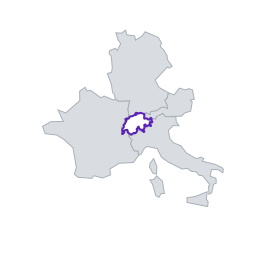 Switzerland highlighted among its neighbors, rotated 346°
{"feature_id": "CHE", "entity_name": "Switzerland", "entity_type": "country or territory", "adm_level": 0, "iso_a3": "CHE", "parent_name": "Europe", "parent_adm1": "", "projection": "mercator", "projection_center": [8.313, 46.803], "detail": "fine", "context": "with_neighbors", "style": "outline", "palette": "violet", "viewbox_px": 256, "rotation_deg": 346, "n_neighbors": 4, "source": "natural_earth", "source_scale": "50m", "svg_char_len": 5005}
<svg xmlns="http://www.w3.org/2000/svg" viewBox="0 0 256 256"><g transform="rotate(346 128 128)"><path d="M122.6,97.1L126.0,99.9L136.3,101.9L132.6,109.4L131.7,117.0L129.8,118.8L126.5,117.8L126.7,120.5L121.5,126.4L121.4,131.1L124.8,129.5L127.3,134.0L127.0,136.9L129.1,140.7L126.6,143.8L128.5,151.6L132.3,152.9L131.5,157.2L125.0,162.8L110.9,160.1L100.5,163.3L99.7,169.2L91.4,170.4L83.3,166.0L80.7,168.1L67.6,163.7L64.7,159.9L68.4,153.9L69.8,133.8L62.4,122.8L57.1,117.5L46.2,113.4L45.5,105.6L54.7,103.2L66.8,106.0L64.5,93.6L71.2,98.3L87.9,89.7L90.0,80.5L96.3,78.2L97.3,82.2L100.7,82.4L109.0,92.1L112.7,91.3L120.5,97.3L122.6,97.1ZM140.9,167.6L145.5,163.9L146.7,172.3L144.4,179.7L141.1,177.7L139.4,171.2L140.9,167.6Z" fill="#d9dde1" stroke="#a8b0b8" stroke-width="1"/><path d="M199.7,106.5L199.3,116.0L195.2,116.0L196.6,118.3L192.9,126.8L186.6,127.1L183.0,129.5L166.9,126.0L165.3,122.3L158.2,124.1L157.4,126.1L146.1,122.4L147.0,118.0L149.1,117.4L152.7,120.3L153.8,117.6L160.1,118.0L165.2,116.1L168.6,116.4L170.8,118.6L171.5,116.8L170.5,109.8L173.1,108.5L175.6,103.5L180.9,107.0L187.4,101.7L193.0,105.0L196.4,104.5L199.7,106.5Z" fill="#d9dde1" stroke="#a8b0b8" stroke-width="1"/><path d="M179.3,47.5L181.0,53.7L179.0,56.8L181.6,61.1L183.4,67.3L182.8,71.3L185.8,78.7L182.6,79.8L180.7,78.5L165.9,88.1L167.9,96.1L175.6,103.5L173.1,108.5L170.5,109.8L171.5,116.8L170.8,118.6L168.6,116.4L165.2,116.1L160.1,118.0L153.8,117.6L152.7,120.3L149.1,117.4L147.0,118.0L139.3,114.7L137.8,117.1L131.7,117.0L132.6,109.4L136.3,101.9L126.0,99.9L122.6,97.1L123.0,92.2L121.6,89.7L122.4,82.1L121.2,70.1L125.5,70.1L127.3,65.7L129.1,54.9L127.7,50.9L129.1,48.3L135.1,47.7L136.4,50.3L141.3,44.3L139.6,39.8L139.3,32.7L144.7,34.4L149.3,32.5L149.4,37.3L156.7,40.2L156.6,44.5L163.9,42.2L167.9,38.8L179.3,47.5Z" fill="#d9dde1" stroke="#a8b0b8" stroke-width="1"/><path d="M153.0,124.6L157.4,126.1L158.2,124.1L165.3,122.3L166.9,126.0L177.1,128.6L176.3,133.7L178.0,138.1L172.3,136.6L166.5,140.2L166.0,148.2L168.4,153.2L175.1,158.2L178.7,166.4L186.7,174.2L192.3,174.1L194.0,176.2L192.0,178.1L203.7,184.4L209.8,189.4L210.5,191.1L209.2,194.4L205.2,190.1L199.0,188.5L196.0,194.6L201.2,198.0L200.3,202.8L197.3,203.4L193.5,211.2L190.5,211.9L192.0,204.2L193.6,202.3L188.6,192.2L185.6,191.1L183.5,187.0L178.9,185.3L175.8,181.5L170.5,180.9L158.4,170.3L153.5,164.7L151.3,155.0L141.9,150.5L138.6,151.9L134.5,156.5L131.5,157.2L132.3,152.9L128.5,151.6L126.6,143.8L129.1,140.7L127.0,136.9L127.3,134.0L130.4,136.2L133.8,135.7L137.8,132.2L139.1,133.9L142.5,133.5L144.0,129.4L149.3,130.7L152.5,128.9L153.0,124.6ZM176.6,210.8L189.4,209.0L186.8,216.1L187.9,218.9L186.3,223.5L167.3,214.6L168.3,209.9L176.6,210.8ZM140.6,184.2L144.2,181.3L148.5,188.0L147.5,200.3L144.2,199.7L141.3,202.8L138.6,200.4L138.3,189.1L136.7,183.7L140.6,184.2Z" fill="#d9dde1" stroke="#a8b0b8" stroke-width="1"/><path d="M146.5,118.0L147.2,118.6L147.1,119.4L146.5,120.7L146.2,121.7L146.1,122.5L146.2,122.9L146.3,122.9L146.9,122.9L147.1,122.9L148.0,123.1L148.8,123.4L148.9,123.8L149.0,124.2L149.8,124.7L150.8,125.1L151.1,125.0L152.4,123.7L152.8,123.9L153.1,124.6L153.1,124.9L152.8,126.3L152.7,127.0L153.0,127.5L153.0,127.9L152.9,128.2L152.5,128.3L151.8,128.1L151.3,127.5L150.8,127.6L150.5,127.7L150.3,128.3L150.1,128.9L150.2,129.3L150.4,129.6L150.6,130.2L150.8,130.9L150.9,131.3L150.8,131.5L150.4,131.6L150.2,131.5L149.7,130.5L149.4,130.2L149.0,130.1L148.3,130.3L147.3,130.9L146.9,130.9L146.5,130.8L146.2,130.3L145.9,129.5L145.8,128.9L145.6,128.9L144.9,128.8L144.6,129.0L144.6,129.9L144.5,131.0L144.2,131.7L143.2,132.9L142.9,133.4L142.7,133.8L142.7,134.1L142.8,134.7L143.0,135.2L142.9,135.5L142.4,135.7L142.0,135.3L141.9,134.8L141.1,134.0L141.5,133.3L141.4,133.1L140.1,132.8L139.6,132.3L138.8,131.4L138.7,131.0L138.7,129.8L138.7,129.5L138.6,129.3L138.2,129.3L137.7,129.7L137.2,130.4L136.2,131.1L136.1,131.3L136.5,132.0L136.5,132.3L135.7,133.4L135.5,133.8L134.5,134.5L134.0,134.7L132.6,134.2L132.3,134.1L131.6,134.5L130.7,134.8L129.3,135.1L128.8,134.9L128.6,134.7L128.4,134.3L128.1,133.7L127.7,133.4L127.4,133.0L127.0,132.6L126.8,132.2L127.1,131.1L126.9,130.7L126.7,130.1L126.8,129.7L126.7,129.6L125.4,129.4L124.3,129.5L123.5,129.8L122.9,130.5L123.2,131.3L122.7,131.9L121.9,132.4L121.3,132.4L121.0,132.4L121.0,131.7L121.5,131.5L121.9,131.0L122.1,130.4L122.1,130.0L121.7,129.5L121.7,129.2L122.0,128.6L122.2,128.0L122.4,127.6L123.3,126.8L124.2,126.1L124.3,125.3L124.4,124.3L124.5,124.1L125.7,123.5L126.0,123.2L126.2,122.9L127.1,121.8L128.1,120.7L128.2,120.3L128.4,120.1L128.3,119.8L127.8,119.7L127.7,119.4L128.2,118.7L128.8,118.4L129.4,118.4L129.6,118.5L129.9,119.0L130.3,119.0L130.9,119.0L131.4,118.7L131.7,118.2L131.9,117.8L132.8,117.3L133.4,117.5L135.0,117.6L136.2,117.4L137.0,117.1L137.9,117.1L138.5,117.3L138.8,117.2L139.0,117.1L139.6,116.9L139.6,116.6L138.8,116.6L138.5,116.5L138.4,116.3L138.7,115.8L139.2,115.4L139.7,115.3L140.0,115.4L140.8,116.1L141.0,116.2L141.5,116.1L141.8,116.5L143.6,116.4L144.0,116.4L145.2,117.2L146.5,118.0Z" fill="none" stroke="#5b21b6" stroke-width="2"/></g></svg>